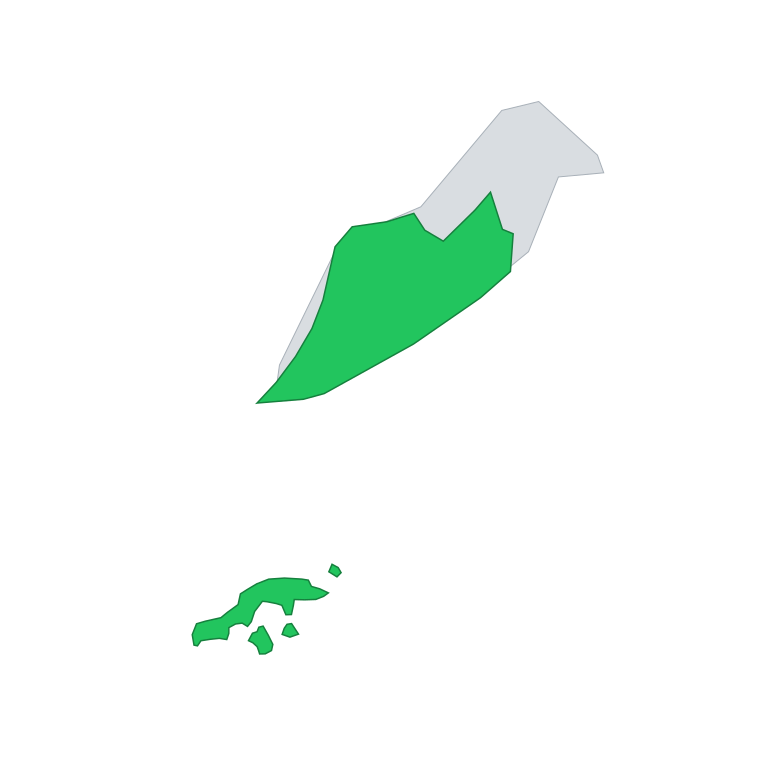 location of Al Janūbīyah within Bahrain, rotated 54°
{"feature_id": "BHR-4926", "entity_name": "Al Janūbīyah", "entity_type": "Governorate", "adm_level": 1, "iso_a3": "BHR", "parent_name": "Bahrain", "parent_adm1": "", "projection": "orthographic", "projection_center": [50.722, 25.854], "detail": "fine", "context": "in_parent", "style": "filled", "palette": "green", "viewbox_px": 768, "rotation_deg": 54, "n_neighbors": 0, "source": "natural_earth", "source_scale": "10m", "svg_char_len": 1493}
<svg xmlns="http://www.w3.org/2000/svg" viewBox="0 0 768 768"><g transform="rotate(54 384 384)"><path d="M359.6,411.7L332.8,482.0L307.2,457.4L242.6,335.6L262.3,250.0L231.9,127.9L246.4,92.8L324.3,76.8L342.3,82.1L319.0,121.2L361.9,189.3L368.2,301.8L359.6,411.7Z" fill="#d9dde1" stroke="#a8b0b8" stroke-width="1"/><path d="M367.3,215.6L370.9,255.2L369.0,336.5L356.6,438.0L349.0,458.1L324.9,497.7L324.8,497.9L319.3,470.0L309.8,439.5L296.8,409.7L280.2,384.0L244.2,342.9L238.1,317.3L254.4,286.4L258.9,273.0L263.5,259.6L283.6,260.6L303.3,252.1L296.8,208.2L291.4,185.1L328.5,197.3L338.4,191.2L367.3,215.6ZM498.2,560.5L505.1,561.7L511.9,556.4L520.3,551.8L520.3,557.6L518.2,565.8L511.9,575.1L505.6,583.3L509.8,587.4L516.1,594.4L513.0,599.0L503.0,596.7L498.3,600.2L491.4,606.6L488.3,610.1L492.0,622.4L498.3,631.1L499.9,636.9L494.1,639.3L490.9,645.1L489.9,652.7L494.6,656.2L498.3,661.4L493.0,666.7L488.3,674.8L484.1,683.0L486.2,688.8L483.6,691.2L474.1,686.5L467.8,676.6L470.9,667.9L477.2,653.3L476.7,644.5L476.7,631.7L469.4,623.5L469.9,615.4L470.9,604.3L474.1,592.0L482.5,578.6L493.5,565.2L498.2,560.5ZM514.0,624.7L519.3,625.3L529.3,627.0L533.5,631.7L532.5,638.7L529.3,643.3L526.1,642.2L521.9,641.0L516.2,642.2L512.0,644.5L508.3,636.9L509.8,632.3L507.2,628.2L508.8,624.1L514.0,624.7ZM523.5,599.6L536.1,600.2L533.5,608.9L526.7,613.6L523.0,608.3L521.4,603.7L523.5,599.6ZM499.3,532.0L505.6,529.0L511.4,529.6L512.4,535.4L503.5,539.0L499.3,532.0Z" fill="#22c55e" stroke="#15803d" stroke-width="1.5"/></g></svg>